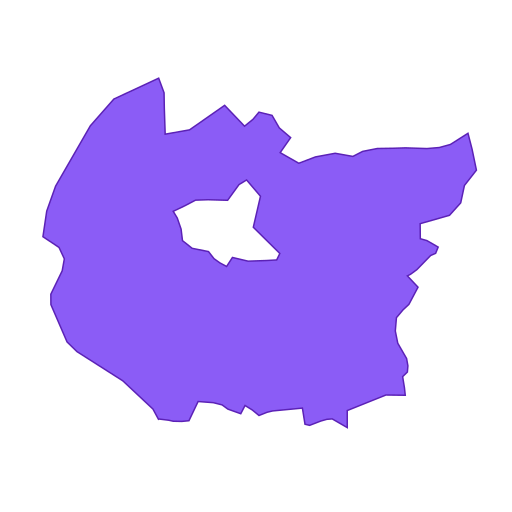 the Municipality of Daugavpils, rotated 94°
{"feature_id": "LVA-1081", "entity_name": "Daugavpils", "entity_type": "Municipality", "adm_level": 1, "iso_a3": "LVA", "parent_name": "Latvia", "parent_adm1": "", "projection": "mercator", "projection_center": [26.626, 55.932], "detail": "fine", "context": "isolated", "style": "filled", "palette": "violet", "viewbox_px": 512, "rotation_deg": 94, "n_neighbors": 0, "source": "natural_earth", "source_scale": "10m", "svg_char_len": 1527}
<svg xmlns="http://www.w3.org/2000/svg" viewBox="0 0 512 512"><g transform="rotate(94 256 256)"><path d="M251.6,469.9L225.8,467.9L200.3,460.8L137.6,430.3L109.3,408.7L85.4,365.5L99.6,359.1L114.6,357.8L140.8,355.1L134.8,331.1L107.9,297.8L127.3,276.5L119.8,268.5L112.3,263.1L114.6,249.8L126.6,241.7L135.5,229.7L151.2,239.1L160.5,219.8L153.0,203.6L148.0,184.2L149.9,166.3L144.2,156.9L140.3,142.5L138.9,126.1L137.7,114.4L136.9,93.0L135.0,80.7L131.2,69.9L118.8,53.1L134.4,47.9L155.0,42.1L171.1,53.0L188.7,55.5L201.9,65.8L212.3,94.5L227.3,93.3L228.7,86.6L234.4,74.9L240.8,77.0L243.3,81.8L258.4,94.6L263.4,100.5L265.3,103.6L275.8,92.2L293.6,100.1L299.5,105.6L307.7,111.6L321.1,111.8L333.1,108.5L347.8,98.6L355.0,96.8L361.2,96.9L366.1,101.3L377.2,98.7L384.5,97.4L385.6,116.7L403.8,154.2L420.8,153.0L413.2,168.6L414.0,174.0L416.1,179.8L421.2,190.7L420.4,195.4L404.5,199.1L409.4,228.6L411.1,234.0L414.9,241.9L409.9,248.9L405.9,256.5L414.4,260.2L410.7,273.4L406.9,279.4L405.3,288.3L405.2,303.6L425.0,311.4L426.2,318.5L426.6,327.1L425.9,331.7L425.4,341.3L425.5,341.6L425.7,341.9L415.9,348.1L389.8,380.2L363.9,427.9L354.9,438.5L318.8,457.2L308.4,458.0L284.3,448.3L272.2,447.0L261.2,453.1L251.6,469.9ZM217.2,341.7L223.6,337.2L234.4,332.6L245.8,330.4L252.8,320.2L254.9,303.7L261.6,297.7L265.4,291.5L268.5,284.6L259.1,279.4L261.7,263.5L259.8,245.4L258.5,235.1L251.8,232.4L227.5,260.7L196.1,255.7L180.8,270.7L185.9,277.9L202.4,288.2L203.2,307.7L204.5,320.2L210.8,330.4L217.2,341.7Z" fill="#8b5cf6" stroke="#5b21b6" stroke-width="1.5"/></g></svg>